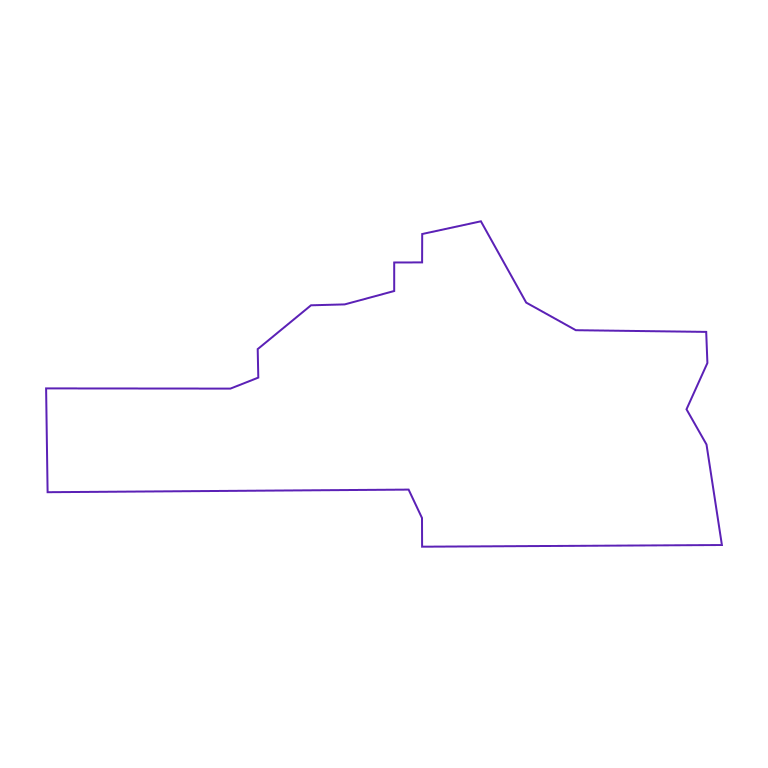 outline of Carson City, Nevada, United States of America
{"feature_id": "52423323B56251326205746", "entity_name": "Carson City", "entity_type": "district", "adm_level": 2, "iso_a3": "USA", "parent_name": "United States of America", "parent_adm1": "Nevada", "projection": "equal_earth", "projection_center": [-119.737, 39.168], "detail": "fine", "context": "isolated", "style": "outline", "palette": "violet", "viewbox_px": 768, "rotation_deg": 0, "n_neighbors": 0, "source": "geoboundaries", "source_scale": "gbopen_adm2", "svg_char_len": 401}
<svg xmlns="http://www.w3.org/2000/svg" viewBox="0 0 768 768"><path d="M721.9,545.0L706.5,444.5L686.5,409.3L707.4,363.0L706.2,331.9L575.8,330.2L526.2,302.6L480.9,221.3L422.2,234.0L422.1,262.4L394.2,262.5L394.2,291.0L344.7,304.4L311.0,305.3L257.7,349.1L258.3,377.6L230.4,388.6L46.1,388.4L47.6,492.2L408.6,489.6L422.0,518.0L422.1,546.7L721.9,545.0Z" fill="none" stroke="#5b21b6" stroke-width="2"/></svg>